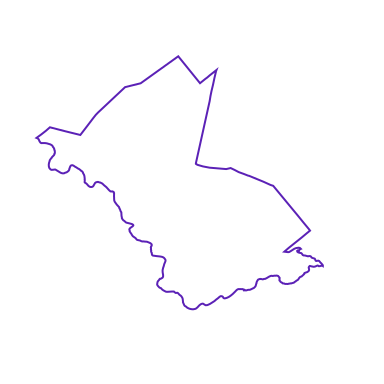 Dagana, Saint-Louis, Senegal (Natural Earth projection), rotated 231°
{"feature_id": "50182788B94177495754038", "entity_name": "Dagana", "entity_type": "district", "adm_level": 2, "iso_a3": "SEN", "parent_name": "Senegal", "parent_adm1": "Saint-Louis", "projection": "natural_earth1", "projection_center": [-16.074, 16.26], "detail": "fine", "context": "isolated", "style": "outline", "palette": "violet", "viewbox_px": 384, "rotation_deg": 231, "n_neighbors": 0, "source": "geoboundaries", "source_scale": "gbopen_adm2", "svg_char_len": 5916}
<svg xmlns="http://www.w3.org/2000/svg" viewBox="0 0 384 384"><g transform="rotate(231 192 192)"><path d="M331.9,105.2L330.8,105.8L329.4,106.0L327.3,105.4L325.9,105.3L325.1,105.5L324.8,105.7L322.7,108.4L321.2,109.8L318.1,111.9L316.5,112.5L315.7,112.6L314.5,112.3L313.8,112.4L312.9,112.2L312.3,112.1L311.4,111.5L310.8,111.5L309.7,110.8L308.8,110.1L308.5,109.8L308.3,109.1L307.8,108.7L307.5,107.8L307.2,105.2L306.9,104.6L306.8,103.6L306.2,101.5L306.0,101.2L305.7,100.9L304.5,99.1L303.5,98.0L302.2,97.0L301.2,96.5L300.2,96.2L298.6,96.3L297.9,96.6L297.6,96.8L297.0,97.6L295.7,99.7L295.3,100.0L289.7,102.0L288.8,102.5L287.9,103.2L287.1,104.2L287.0,104.7L286.9,105.2L286.2,107.0L286.1,108.3L286.2,109.7L286.7,110.8L287.1,111.1L288.5,113.5L288.7,114.3L288.7,114.9L288.2,115.8L287.1,116.5L284.7,117.2L284.2,117.5L281.9,118.2L280.6,118.8L279.9,118.9L279.3,119.1L278.1,119.2L277.8,119.4L276.9,119.6L275.7,119.5L275.2,119.2L273.3,118.9L272.1,118.4L270.0,117.1L269.4,116.5L269.2,116.5L268.2,115.7L267.3,114.8L267.1,114.7L266.5,114.7L265.9,115.0L264.5,115.3L261.7,115.4L260.1,116.0L259.3,116.8L258.8,117.7L258.7,118.2L258.7,118.9L258.9,119.5L260.0,122.3L260.0,123.2L259.8,123.9L259.5,124.2L259.4,124.7L259.0,125.3L257.4,126.3L257.1,126.7L255.4,127.4L255.1,127.6L252.6,127.9L249.7,128.5L245.6,128.7L243.8,129.0L243.0,129.8L242.7,130.4L241.5,131.1L240.8,131.0L240.6,130.7L240.1,130.7L237.5,128.5L237.0,128.2L236.0,127.4L234.3,126.2L233.0,125.8L229.6,125.6L226.1,125.8L224.8,125.2L224.1,125.2L221.9,124.4L220.7,124.3L217.8,122.2L216.2,121.4L215.7,121.0L215.3,120.9L213.3,120.8L212.1,121.2L210.0,121.5L209.4,121.8L205.0,125.1L203.7,125.6L203.1,125.5L202.9,125.3L202.7,124.3L202.9,121.5L202.7,120.3L202.4,119.8L202.0,119.5L201.4,119.4L200.7,118.8L199.3,118.6L197.4,118.5L196.6,118.3L194.9,118.2L191.7,119.1L189.9,119.1L189.2,119.3L187.1,121.0L185.6,121.7L184.8,122.3L184.4,122.9L183.0,124.3L181.7,125.7L179.4,127.0L178.3,127.5L177.7,127.6L177.3,127.6L176.7,127.7L176.0,127.2L175.6,126.8L175.5,126.0L174.8,125.1L174.6,125.1L173.3,124.1L173.2,123.9L172.2,123.5L172.0,123.1L171.5,122.8L170.8,122.5L170.2,122.5L169.5,122.0L168.9,121.8L168.6,121.5L168.0,121.4L167.2,121.6L164.4,124.2L162.0,126.6L160.6,127.8L159.6,128.4L158.4,128.8L157.1,128.8L156.1,128.7L155.4,128.3L154.8,127.6L153.4,125.0L152.2,123.4L151.2,121.8L149.8,120.0L148.8,119.2L147.8,118.5L145.8,117.4L144.9,116.7L144.5,116.3L144.2,115.8L144.0,115.3L144.0,114.7L144.3,112.9L144.5,112.5L144.6,112.8L144.6,113.0L144.7,112.5L144.7,112.0L144.6,111.6L144.4,111.2L144.1,109.4L143.7,108.5L142.2,106.8L141.5,106.5L140.5,106.4L138.8,106.5L138.1,106.6L136.7,107.4L136.1,107.4L135.3,107.4L133.7,107.8L131.1,108.9L130.6,109.3L130.1,109.8L128.8,111.6L127.9,112.9L126.8,114.4L126.0,115.3L125.1,115.4L124.1,115.7L123.7,115.9L122.9,117.2L122.5,117.4L121.8,117.5L119.9,117.6L118.6,118.0L117.6,118.1L115.9,117.9L114.8,117.5L112.3,115.9L112.0,115.6L108.7,114.7L108.1,114.7L106.5,115.3L105.0,115.5L103.0,116.5L101.8,117.4L100.7,118.4L100.0,119.3L99.1,121.0L98.9,121.8L98.9,123.5L99.3,126.3L99.3,127.4L99.2,128.5L99.0,129.1L98.7,129.7L98.4,130.2L97.8,130.5L97.0,130.7L95.5,131.3L95.1,131.8L94.6,132.5L94.2,133.6L93.7,135.6L93.1,140.8L93.2,142.8L93.1,145.5L93.2,147.3L93.1,148.3L92.9,148.9L92.3,149.5L91.7,149.9L91.2,150.0L89.8,149.8L89.3,150.0L88.7,150.5L88.4,151.1L87.8,152.5L87.3,154.5L87.1,156.7L87.1,159.4L87.4,162.5L87.7,164.8L87.7,165.5L87.5,166.6L87.1,167.3L86.5,167.9L86.2,168.4L85.7,168.9L84.8,170.1L83.4,171.0L83.3,170.8L83.2,170.5L83.0,170.4L82.7,170.9L82.4,171.0L82.1,171.6L81.6,171.9L81.3,172.4L80.8,173.7L80.4,174.4L79.9,175.0L79.6,175.4L79.4,176.1L79.1,177.1L78.8,178.7L78.6,179.1L78.5,179.5L78.6,181.0L78.8,182.0L79.1,182.6L79.3,182.8L79.8,183.6L80.3,184.2L80.5,184.7L80.8,184.9L81.6,186.1L82.3,188.1L82.0,189.3L81.6,190.2L81.3,190.4L81.1,190.8L79.5,192.1L79.2,193.1L78.9,193.5L78.7,193.9L78.4,194.3L78.2,195.4L78.1,195.7L77.7,198.6L77.3,200.2L76.9,201.0L76.0,201.8L74.9,203.7L74.4,204.2L73.7,205.3L72.5,206.1L71.2,206.1L70.2,206.1L69.8,205.8L69.5,205.3L69.1,205.2L68.8,204.8L68.2,204.3L67.2,204.4L66.9,204.3L66.4,204.3L65.1,204.7L64.7,205.0L64.3,205.0L63.9,205.0L63.4,205.5L63.0,206.0L62.3,206.3L61.9,206.6L61.2,207.5L60.8,207.9L60.2,208.6L59.8,209.6L59.5,210.0L58.9,211.2L58.6,211.4L58.4,211.9L58.2,212.4L57.6,213.7L57.4,214.5L57.5,215.0L57.3,216.4L57.4,217.2L57.3,217.6L57.1,219.3L57.3,219.9L57.6,220.7L57.7,221.2L57.9,222.3L57.8,223.0L57.4,223.9L57.6,227.3L57.7,227.8L57.9,228.1L58.1,228.1L58.2,228.5L58.1,228.9L57.2,231.3L57.2,231.7L57.2,232.9L57.5,233.6L57.8,234.0L58.5,234.5L58.8,234.6L59.6,235.0L59.9,235.2L60.2,235.7L60.3,236.1L60.4,236.6L60.4,237.0L59.9,237.4L59.7,237.6L59.3,237.8L58.3,238.7L57.6,239.2L57.3,239.6L56.7,240.5L56.2,242.1L56.1,242.6L55.9,243.2L55.7,243.5L54.6,243.8L53.9,244.7L53.6,245.5L52.8,246.8L52.5,247.0L52.1,247.1L52.3,247.3L52.9,247.6L54.9,247.6L56.4,247.4L58.3,247.4L59.2,246.9L59.6,246.2L60.1,245.3L60.7,244.9L61.4,245.0L62.1,245.3L63.0,245.4L63.5,245.1L64.2,244.6L65.3,243.9L65.8,243.7L66.9,243.8L67.4,243.7L68.0,243.3L68.7,242.4L69.0,241.7L71.6,239.8L72.5,238.8L73.4,238.4L74.1,238.5L75.6,238.5L77.0,237.4L78.1,236.6L79.3,236.3L80.0,236.6L80.0,237.5L79.3,237.9L79.0,238.3L79.7,239.4L79.3,240.8L80.1,240.7L80.7,240.6L81.7,239.7L82.2,238.8L82.9,237.6L83.5,235.7L83.9,231.8L84.2,229.8L84.7,228.9L87.5,226.2L87.7,231.9L87.6,248.7L87.7,255.2L87.7,259.4L89.6,259.5L98.0,259.4L105.8,259.4L145.7,259.0L148.0,257.5L155.0,254.0L168.7,246.5L169.4,245.9L173.3,243.7L178.1,240.8L182.1,239.1L186.3,237.1L188.3,233.0L199.8,221.0L205.0,216.6L209.6,213.4L210.8,212.9L210.9,213.0L211.5,212.8L211.9,213.1L251.5,262.9L254.9,266.7L258.2,270.7L262.1,275.8L266.5,281.2L270.8,286.8L271.4,287.8L271.5,279.1L271.4,276.4L271.4,275.1L271.5,273.9L271.5,266.7L306.1,266.7L308.8,220.5L315.6,206.0L312.9,169.1L312.5,165.8L311.7,162.2L308.6,149.5L306.6,141.1L319.0,131.7L331.7,122.3L331.5,116.9L331.6,110.8L331.9,105.2Z" fill="none" stroke="#5b21b6" stroke-width="2"/></g></svg>